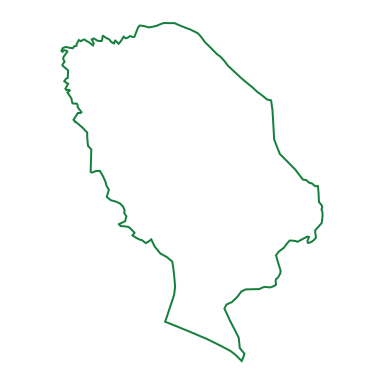 Garwula, Grand Cape Mount, Liberia (Mercator projection)
{"feature_id": "62588387B58887581868104", "entity_name": "Garwula", "entity_type": "district", "adm_level": 2, "iso_a3": "LBR", "parent_name": "Liberia", "parent_adm1": "Grand Cape Mount", "projection": "mercator", "projection_center": [-11.139, 6.773], "detail": "fine", "context": "isolated", "style": "outline", "palette": "green", "viewbox_px": 384, "rotation_deg": 0, "n_neighbors": 0, "source": "geoboundaries", "source_scale": "gbopen_adm2", "svg_char_len": 3652}
<svg xmlns="http://www.w3.org/2000/svg" viewBox="0 0 384 384"><path d="M165.1,321.7L178.8,327.2L195.9,334.3L200.5,336.3L205.9,338.5L221.5,346.2L231.0,351.3L236.1,355.4L237.5,356.9L241.7,361.0L243.7,356.3L243.8,355.8L244.4,353.6L241.9,350.7L239.7,347.9L239.5,345.4L239.2,342.3L238.7,337.7L233.8,328.0L229.8,320.3L229.2,318.8L229.1,318.6L227.3,314.8L224.9,309.6L224.4,308.6L224.9,307.7L226.4,304.6L229.0,303.4L230.7,302.6L231.9,302.1L237.2,297.0L238.5,295.3L241.0,292.0L241.1,291.7L243.0,290.7L245.7,289.4L250.3,289.3L253.6,289.2L253.9,289.2L255.3,289.1L259.3,289.1L262.5,287.5L264.1,287.1L265.1,286.9L267.6,287.2L270.3,287.4L271.5,287.0L273.1,286.4L275.5,285.2L276.1,284.5L275.6,281.7L275.9,279.2L277.2,278.4L278.3,277.0L278.4,276.8L279.2,275.3L280.3,273.5L280.6,270.7L277.0,259.0L276.1,255.5L276.0,255.3L278.6,251.8L282.3,248.9L283.6,248.0L286.8,243.9L287.1,243.5L287.6,242.8L289.6,240.6L292.3,240.6L295.5,241.0L297.5,241.8L305.7,237.4L307.2,236.6L307.8,236.7L308.2,236.8L309.0,237.0L307.4,241.0L307.7,242.2L307.9,242.9L310.5,242.4L313.4,240.5L316.0,237.7L315.6,234.9L315.2,232.6L315.2,231.2L315.2,230.2L316.9,228.4L320.4,224.5L321.7,223.0L322.1,220.3L322.5,216.0L322.5,212.8L322.1,211.4L321.9,210.7L321.5,209.3L322.3,207.1L322.1,206.6L321.6,205.2L320.3,203.6L319.1,202.2L318.8,199.0L318.7,197.0L318.7,196.8L318.7,196.5L318.6,194.2L318.0,186.2L317.8,186.2L317.5,186.1L315.1,186.1L313.7,185.0L312.8,184.1L311.3,183.1L310.3,183.1L309.9,183.1L308.5,182.1L306.1,180.0L303.8,179.7L302.9,179.6L295.2,169.5L279.8,153.9L274.2,139.6L272.5,110.4L271.1,100.4L268.8,99.9L267.1,99.5L261.6,95.0L261.4,94.9L257.2,91.8L252.4,87.3L248.9,84.5L241.9,78.7L228.2,66.0L227.9,65.6L224.7,61.4L220.4,56.6L217.3,54.4L216.6,53.8L211.1,48.2L205.0,42.2L200.8,36.5L197.9,33.3L194.6,31.6L190.0,29.4L188.8,29.0L185.6,27.8L179.5,25.3L176.2,23.9L174.5,23.1L170.2,23.1L167.3,23.1L164.8,23.0L162.1,23.5L156.4,25.9L152.0,26.9L148.8,27.4L144.3,26.1L139.8,25.5L139.6,25.7L138.1,27.4L134.4,36.8L132.7,37.0L130.2,36.0L127.5,37.8L125.6,38.3L123.7,36.6L123.1,37.6L122.6,38.4L121.0,41.0L118.6,43.8L117.1,42.3L115.3,40.6L114.6,41.5L114.1,43.4L113.0,43.1L111.2,41.9L109.3,39.5L106.1,37.9L103.1,35.8L102.5,36.6L102.2,39.6L101.7,41.0L99.1,41.0L97.5,40.7L95.9,39.7L93.8,38.4L91.8,39.3L92.7,41.4L93.7,43.2L93.0,45.4L91.7,44.4L88.9,42.3L86.2,40.8L84.5,39.5L83.1,39.8L80.9,41.2L78.8,40.1L77.8,41.8L76.6,44.3L76.5,45.9L74.3,46.3L72.9,48.2L70.1,47.9L68.0,47.4L65.9,46.9L62.6,48.2L61.5,50.9L62.5,51.8L64.0,50.3L66.7,50.7L67.3,51.8L66.3,53.1L63.7,56.7L63.3,57.2L63.3,59.3L64.6,61.7L62.5,64.5L62.6,65.7L68.1,70.4L68.0,72.8L67.8,76.9L67.8,77.9L66.1,78.7L64.3,81.2L66.5,82.8L68.2,83.8L68.0,84.1L65.4,88.7L65.6,89.0L66.2,90.0L68.5,89.8L69.7,90.3L69.2,91.1L67.4,92.4L69.8,96.0L71.4,98.4L71.9,101.1L72.5,103.4L74.5,103.5L76.9,103.7L77.6,105.0L77.7,106.5L77.8,107.3L81.5,112.2L80.4,113.1L78.0,112.9L73.5,119.8L74.0,120.2L74.8,121.1L75.1,122.0L75.9,122.0L82.8,127.9L86.2,131.5L87.2,132.5L87.2,136.3L87.5,140.8L87.9,144.9L88.0,145.8L91.3,149.5L90.9,162.3L90.7,171.0L90.6,171.9L92.2,172.6L95.7,171.1L99.8,170.8L102.9,176.1L105.4,181.6L106.2,184.5L106.6,186.0L108.9,189.8L108.0,192.6L106.8,196.9L110.8,200.2L112.6,200.7L116.1,201.7L119.9,203.4L122.1,205.6L123.1,206.6L124.7,210.6L124.1,212.9L126.4,216.3L125.1,221.2L118.9,224.2L120.5,226.0L124.9,226.4L128.4,226.9L130.4,228.4L134.1,232.3L134.5,232.8L132.5,235.4L136.4,237.9L139.3,239.5L142.0,240.2L145.8,243.1L148.7,241.4L151.3,239.4L152.5,242.0L154.7,246.6L160.4,253.5L166.0,256.6L166.9,257.1L172.2,261.5L173.1,266.8L173.3,268.2L174.0,273.8L174.7,281.9L175.1,286.8L174.1,294.9L170.1,306.9L166.8,317.0L165.1,321.7Z" fill="none" stroke="#15803d" stroke-width="2"/></svg>